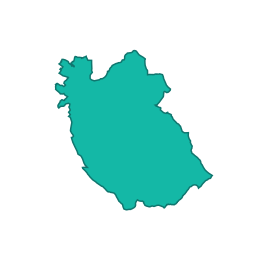 outline of Ciofrangeni, Arges, Romania, rotated 42°
{"feature_id": "2599482B54704009633873", "entity_name": "Ciofrangeni", "entity_type": "district", "adm_level": 2, "iso_a3": "ROU", "parent_name": "Romania", "parent_adm1": "Arges", "projection": "robinson", "projection_center": [24.531, 45.102], "detail": "fine", "context": "isolated", "style": "filled", "palette": "teal", "viewbox_px": 256, "rotation_deg": 42, "n_neighbors": 0, "source": "geoboundaries", "source_scale": "gbopen_adm2", "svg_char_len": 5785}
<svg xmlns="http://www.w3.org/2000/svg" viewBox="0 0 256 256"><g transform="rotate(42 128 128)"><path d="M179.2,190.9L181.1,190.1L181.8,189.6L183.1,187.9L184.5,186.6L184.5,186.3L185.1,185.2L185.8,183.0L185.8,182.3L185.9,181.6L185.7,181.3L185.3,180.3L184.0,179.0L183.5,177.9L183.1,175.9L183.1,175.1L184.7,174.8L185.9,174.2L187.1,173.3L187.7,172.6L189.2,172.5L189.6,173.2L190.2,173.3L192.4,174.1L194.0,173.6L196.4,172.4L196.6,172.1L197.0,171.9L198.0,169.9L198.7,169.4L199.2,169.3L199.9,168.7L200.8,167.1L201.0,166.5L202.1,165.2L202.7,164.7L206.8,163.1L208.3,163.2L208.5,162.8L208.5,162.2L208.4,161.6L208.3,161.2L208.4,159.0L208.2,158.9L208.8,158.4L208.7,157.9L208.9,157.6L209.5,157.5L210.1,157.0L210.3,156.7L210.4,156.4L210.6,156.1L211.4,156.0L212.3,155.1L212.8,154.9L213.3,154.2L213.5,154.2L213.9,153.8L213.9,153.1L214.3,152.3L214.3,151.7L214.2,150.8L214.4,150.4L214.1,150.0L214.1,149.3L214.3,148.8L214.2,147.5L214.3,147.0L214.4,146.7L214.7,145.7L214.6,145.3L214.8,144.1L214.5,142.7L214.0,141.7L214.0,141.4L214.2,141.1L214.1,139.9L214.3,139.4L214.3,139.0L214.1,136.4L214.0,135.8L213.8,134.5L213.9,133.5L213.4,130.7L213.6,130.0L214.1,129.3L214.4,127.4L214.9,126.4L215.6,125.6L217.0,124.7L219.1,124.6L220.1,125.3L220.7,125.5L220.7,124.6L220.9,124.0L221.0,123.3L221.2,122.5L220.8,119.9L220.9,115.2L221.8,113.1L221.8,111.8L222.8,110.5L222.9,109.3L222.5,108.9L222.4,106.9L218.2,107.6L215.8,107.7L213.3,107.6L210.3,106.8L207.8,105.8L205.9,105.5L204.1,104.1L203.1,103.9L202.8,103.7L201.5,103.8L199.4,103.5L195.7,103.8L194.3,103.7L192.4,104.0L191.3,103.2L191.1,103.2L190.1,102.7L189.2,101.2L189.1,100.5L188.7,99.9L188.3,99.4L187.8,98.5L186.3,98.1L183.9,97.0L183.8,96.6L182.9,95.7L182.6,95.8L181.5,95.3L180.8,95.2L179.0,94.2L177.6,93.1L176.7,91.9L176.0,91.1L174.4,92.7L173.0,93.9L170.6,94.3L167.2,92.4L165.8,91.6L164.6,91.6L163.4,91.3L162.9,91.3L161.2,91.8L159.2,91.5L157.3,91.5L156.5,91.3L155.8,91.3L154.7,90.9L154.3,90.7L154.0,90.4L153.3,90.2L152.2,90.2L151.5,89.3L150.8,89.2L148.6,90.0L147.8,90.4L147.1,89.8L146.8,90.0L146.8,90.5L146.5,90.9L146.6,91.4L146.4,91.7L144.9,92.5L144.0,92.8L140.0,92.9L139.3,91.6L138.7,91.1L138.1,91.3L137.7,91.7L135.7,92.3L135.0,92.2L134.8,92.6L134.4,92.9L134.0,92.8L133.7,92.6L133.0,92.7L134.0,91.3L134.0,87.9L133.3,81.1L132.8,80.3L131.9,79.2L131.6,78.6L131.0,78.2L130.6,77.0L130.7,76.4L131.6,76.0L132.8,75.9L133.4,75.3L134.0,74.2L134.1,72.6L134.1,71.7L133.5,70.7L130.3,70.8L127.7,70.4L126.6,69.8L121.5,67.5L120.2,66.5L119.2,65.9L117.9,65.3L115.3,66.6L115.2,67.0L114.0,68.2L113.3,68.5L113.2,69.0L112.2,69.6L111.6,70.9L108.0,74.0L106.9,75.3L104.1,72.3L103.2,72.0L102.2,71.9L98.7,69.9L96.6,67.9L95.6,66.8L95.0,66.2L94.8,65.3L94.6,65.1L92.1,65.3L87.5,66.2L86.4,66.1L83.2,65.4L82.4,65.4L81.5,65.8L80.9,66.2L80.5,66.7L80.3,67.1L80.4,68.5L80.2,69.4L79.6,70.3L77.4,72.8L77.5,74.1L77.1,75.0L77.4,76.4L77.6,77.0L78.9,78.5L79.5,79.9L79.3,80.2L78.6,80.9L78.3,81.2L78.3,81.6L78.8,82.9L78.8,83.3L78.7,83.8L78.2,84.9L77.1,86.0L76.9,86.8L76.0,88.1L75.6,89.1L74.4,92.2L74.8,93.2L74.8,93.8L74.7,94.3L74.7,95.6L74.9,96.4L75.3,97.0L75.5,98.4L75.8,99.0L75.1,99.3L74.9,99.6L75.9,100.9L76.2,102.1L76.7,103.4L76.7,106.0L76.0,108.4L75.7,108.9L75.3,109.1L74.7,109.8L74.6,110.7L74.4,111.4L71.4,115.5L70.3,116.0L68.8,116.6L68.2,116.7L67.0,116.7L66.8,116.6L66.1,115.9L64.8,114.4L64.6,114.1L64.3,112.5L64.3,110.6L64.1,110.4L63.7,110.3L62.2,109.4L61.8,108.6L61.5,108.2L57.6,104.2L55.7,102.1L53.7,103.8L53.5,104.1L52.9,104.5L49.8,103.3L48.9,102.7L48.6,103.6L47.7,105.3L47.8,105.7L47.0,107.0L46.7,106.6L44.6,108.0L43.1,109.4L42.2,109.5L41.0,110.2L41.0,110.4L41.0,111.0L42.6,113.7L43.0,115.0L42.9,115.3L42.4,115.6L42.2,115.8L42.5,117.1L42.4,117.5L42.2,117.7L42.3,117.9L44.0,118.1L45.2,118.0L45.6,118.1L46.5,118.0L46.8,118.2L46.9,118.6L46.7,118.7L46.2,118.5L45.9,118.6L45.5,118.8L44.7,119.6L44.2,119.2L43.7,119.1L40.9,119.4L40.2,119.2L39.6,118.8L38.5,118.7L37.2,119.1L36.1,119.3L35.3,119.7L34.2,120.2L33.1,121.1L33.4,122.0L33.6,123.3L34.2,123.2L34.3,123.9L33.9,126.5L38.7,126.1L39.0,128.5L38.1,128.6L38.2,129.9L39.2,129.8L39.4,129.7L39.7,129.8L40.2,132.2L40.1,132.7L40.2,133.4L41.5,133.1L44.8,132.7L46.8,131.6L49.7,130.4L49.7,131.4L50.1,131.4L50.1,133.2L50.2,133.6L50.2,133.9L49.9,134.6L49.8,136.0L49.9,136.7L50.3,137.1L50.4,137.6L51.0,137.6L51.3,137.8L52.6,137.8L52.9,138.0L52.6,140.1L50.5,140.4L50.2,140.6L49.6,141.4L48.9,141.7L47.9,141.9L47.0,141.9L45.5,142.3L45.2,143.0L45.2,144.0L45.8,143.7L45.8,144.6L46.5,145.7L48.2,147.3L48.3,147.6L49.5,147.7L52.6,147.6L54.2,147.7L54.9,147.9L55.1,147.6L56.1,146.9L56.8,146.3L57.3,145.3L57.7,145.5L59.3,145.7L62.1,145.1L62.2,147.5L61.9,149.1L62.3,149.8L62.3,150.1L61.9,150.5L60.6,150.9L60.1,151.2L59.9,151.4L59.8,151.8L59.9,152.5L59.6,153.4L60.2,154.3L60.3,155.4L60.5,155.7L60.4,156.3L60.7,157.1L60.7,157.9L61.9,159.2L63.2,159.4L63.4,157.3L63.5,156.9L65.4,155.1L65.9,153.8L65.6,152.8L65.7,151.8L66.0,151.2L67.2,149.5L68.8,149.1L70.1,151.3L70.0,151.9L72.7,153.1L73.2,153.6L73.3,156.0L76.2,156.7L76.1,159.1L78.0,158.7L82.3,161.2L82.9,162.0L85.8,166.7L87.0,168.4L87.4,168.7L89.5,169.5L90.3,169.6L91.2,169.8L91.8,170.1L92.1,170.0L92.9,170.5L93.0,172.2L92.3,172.9L92.5,173.1L96.9,175.7L97.5,175.9L100.7,177.3L105.7,179.3L108.4,180.9L110.9,180.4L112.0,180.3L114.8,181.3L119.0,183.6L120.0,183.9L120.5,184.0L120.9,184.3L122.5,184.3L123.0,184.4L124.1,184.5L122.6,185.8L121.7,186.6L120.6,187.8L121.4,188.3L124.8,188.4L127.8,188.8L128.7,189.2L130.6,189.4L132.4,189.8L136.5,190.1L140.0,189.6L141.3,189.7L147.3,188.9L148.3,188.4L152.2,188.6L153.5,188.8L155.4,188.9L156.2,188.6L156.3,188.2L156.9,187.9L158.3,187.4L158.8,187.0L160.7,185.9L161.4,185.7L162.9,185.8L163.3,186.0L163.8,186.0L164.4,186.2L165.1,186.7L167.4,187.4L170.3,188.5L171.2,188.4L173.8,188.6L174.6,188.4L175.3,188.6L177.1,189.9L179.2,190.9Z" fill="#14b8a6" stroke="#0f766e" stroke-width="1.5"/></g></svg>